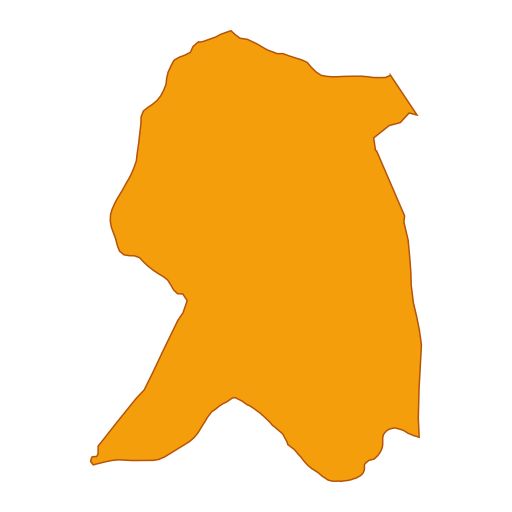 outline of Maswar, Hajjah, Yemen
{"feature_id": "15242507B94987708240624", "entity_name": "Maswar", "entity_type": "district", "adm_level": 2, "iso_a3": "YEM", "parent_name": "Yemen", "parent_adm1": "Hajjah", "projection": "natural_earth1", "projection_center": [43.687, 15.597], "detail": "fine", "context": "isolated", "style": "filled", "palette": "amber", "viewbox_px": 512, "rotation_deg": 0, "n_neighbors": 0, "source": "geoboundaries", "source_scale": "gbopen_adm2", "svg_char_len": 3254}
<svg xmlns="http://www.w3.org/2000/svg" viewBox="0 0 512 512"><path d="M247.3,39.3L245.6,39.1L239.9,38.2L235.3,34.7L231.3,31.0L231.0,30.7L226.0,32.4L220.5,34.4L215.8,37.0L215.4,37.1L203.1,41.5L198.4,42.3L198.4,42.0L197.3,42.7L192.9,46.7L190.4,52.3L184.5,55.3L179.3,57.2L174.6,59.8L174.1,60.4L173.4,61.2L172.6,62.8L170.6,66.8L168.1,72.1L166.7,78.1L166.0,84.4L163.6,90.4L160.7,95.9L157.1,100.4L152.4,104.4L147.7,107.5L143.4,111.0L141.1,116.8L140.9,123.8L140.2,129.8L139.5,135.8L139.1,139.0L138.8,142.4L137.9,148.4L137.0,154.8L136.8,156.8L136.3,161.0L134.3,166.8L132.0,172.5L129.2,178.1L126.2,183.2L125.0,185.4L123.4,188.4L120.5,193.3L117.4,198.4L114.6,203.6L112.0,209.6L110.5,214.7L110.3,221.3L110.8,224.0L111.3,227.0L113.2,232.3L113.6,233.3L115.7,239.0L117.4,245.7L119.5,251.1L123.9,254.8L129.3,255.7L134.0,255.8L134.5,255.8L139.6,257.7L143.8,262.2L144.0,262.4L148.1,266.2L148.7,266.6L153.1,270.2L158.0,273.4L159.2,274.2L163.0,276.4L167.6,280.0L170.7,284.8L173.5,289.8L177.5,293.7L182.8,294.0L187.2,300.7L183.0,312.8L177.9,320.3L163.4,350.1L153.4,371.3L148.4,381.4L144.2,389.9L136.2,398.4L123.1,414.6L115.3,424.3L104.3,438.4L98.1,446.1L98.1,451.3L98.0,454.2L96.6,456.5L94.2,456.6L92.1,456.9L91.3,458.6L91.1,459.3L90.6,461.5L93.3,464.9L96.8,463.9L97.4,463.8L106.6,461.5L113.0,460.3L119.1,459.8L131.5,460.5L139.1,460.5L149.3,460.4L153.9,460.3L156.0,459.9L158.5,459.5L164.5,457.0L189.3,441.7L193.9,437.8L197.9,433.0L203.0,424.6L204.5,422.3L207.6,417.1L211.7,411.8L215.1,409.4L215.3,409.4L215.5,409.2L219.0,406.3L219.6,405.8L223.4,403.5L226.4,402.1L229.9,399.7L232.6,397.9L235.2,397.7L235.5,397.8L242.3,401.2L247.4,404.9L249.4,405.6L253.2,408.0L258.6,412.0L259.4,412.5L264.4,416.9L270.3,422.7L272.7,425.6L273.9,426.3L279.0,430.7L282.7,433.9L287.1,442.1L287.8,444.6L288.1,444.8L289.0,445.4L291.6,447.5L294.2,449.4L296.2,451.7L298.4,454.4L300.6,456.7L301.8,458.2L302.6,459.4L305.0,462.2L307.2,464.7L309.3,466.6L309.5,466.7L311.6,468.5L313.9,469.9L316.1,471.4L318.5,472.9L320.5,474.7L322.6,476.5L324.7,477.7L325.2,478.1L327.8,479.9L328.3,480.1L330.4,480.7L333.0,481.2L336.0,481.2L338.9,481.1L341.7,481.3L344.1,480.8L347.0,480.6L349.7,480.0L351.7,479.6L353.3,478.8L355.4,478.4L357.8,477.2L358.0,477.1L360.8,475.4L362.8,473.4L364.2,470.4L364.5,468.0L364.4,465.2L364.7,464.2L365.7,463.0L369.0,460.3L373.1,459.3L374.2,459.0L377.7,455.7L379.5,453.3L381.1,450.4L382.2,447.7L382.7,444.6L382.7,441.3L382.7,438.1L383.3,435.0L384.7,432.8L386.8,430.6L389.4,429.1L391.9,428.5L394.6,427.9L395.0,427.9L398.8,428.9L400.6,429.5L403.1,430.2L405.7,431.8L408.1,433.3L411.4,434.6L413.6,435.6L416.5,436.4L419.2,437.3L418.3,418.4L419.1,387.4L420.2,368.2L421.4,345.3L420.8,340.2L419.3,329.7L416.5,315.9L413.4,302.9L411.2,285.0L410.9,273.1L409.9,259.3L408.1,239.9L406.9,234.9L403.9,222.0L404.6,215.9L377.4,152.8L376.5,150.8L375.5,150.3L373.7,137.9L389.1,125.6L400.3,122.6L409.1,113.0L417.0,115.0L390.4,75.1L390.4,75.3L385.6,77.5L384.7,77.5L379.2,77.6L373.2,77.5L367.4,76.7L361.5,76.2L355.4,76.2L349.6,76.3L343.7,76.4L338.0,76.7L332.2,76.8L326.3,76.3L325.8,76.2L321.1,75.3L316.1,72.0L314.1,70.0L310.9,66.9L307.3,62.5L302.3,60.1L288.5,55.7L282.9,53.6L277.4,53.7L272.1,51.7L267.2,49.9L261.7,46.7L256.6,43.7L251.5,41.3L247.3,39.3Z" fill="#f59e0b" stroke="#b45309" stroke-width="1.5"/></svg>